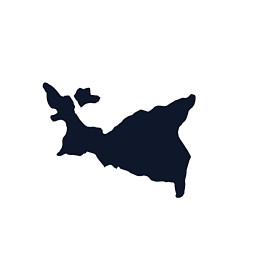 outline of Absheron District, Abşeron, Azerbaijan, rotated 232°
{"feature_id": "54616110B88432173472444", "entity_name": "Absheron District", "entity_type": "district", "adm_level": 2, "iso_a3": "AZE", "parent_name": "Azerbaijan", "parent_adm1": "Abşeron", "projection": "mercator", "projection_center": [49.449, 40.323], "detail": "fine", "context": "isolated", "style": "filled", "palette": "ink", "viewbox_px": 256, "rotation_deg": 232, "n_neighbors": 0, "source": "geoboundaries", "source_scale": "gbopen_adm2", "svg_char_len": 3437}
<svg xmlns="http://www.w3.org/2000/svg" viewBox="0 0 256 256"><g transform="rotate(232 128 128)"><path d="M112.1,86.1L112.2,87.5L111.6,89.1L111.0,91.5L109.3,93.0L107.6,93.3L105.6,93.5L103.8,94.3L104.5,95.9L104.5,97.2L102.6,97.8L100.5,97.8L100.1,98.3L98.6,99.2L97.3,100.1L95.6,101.3L94.0,102.2L92.9,102.7L92.0,102.7L90.9,103.1L89.5,104.0L88.3,104.6L86.8,105.4L85.2,106.3L84.3,107.1L83.1,108.5L82.4,109.9L81.8,110.8L81.4,111.8L78.6,114.1L75.6,114.8L73.1,114.7L70.9,116.2L68.9,117.6L67.2,120.0L65.7,122.3L64.4,123.9L62.4,125.0L61.4,127.1L59.3,128.9L57.9,130.6L56.7,131.1L54.9,131.0L53.3,129.7L51.4,128.6L50.1,127.8L47.6,126.7L45.8,126.1L44.9,124.2L43.4,124.1L42.6,125.2L41.9,126.2L41.4,128.7L42.4,131.6L44.3,133.3L45.7,135.0L48.9,138.0L50.5,139.0L51.7,139.7L53.3,141.5L55.1,143.8L56.9,145.7L59.5,148.0L60.8,149.8L62.3,151.9L63.8,153.9L65.3,156.0L67.0,159.3L69.2,159.7L74.0,160.5L87.9,161.6L90.4,162.0L94.4,164.2L96.9,167.3L97.9,168.6L98.3,172.0L99.1,174.4L99.1,176.2L99.6,178.5L101.0,180.9L102.4,182.9L104.7,186.0L105.3,188.6L105.4,191.6L106.4,194.5L107.7,196.3L108.9,197.7L111.4,199.9L112.8,200.1L114.3,199.1L115.2,198.3L114.7,195.4L114.8,193.0L115.8,191.1L117.6,189.2L118.5,186.3L119.1,184.1L119.9,182.0L120.2,179.2L120.6,176.8L120.8,174.3L120.9,173.2L121.1,171.3L122.8,168.9L124.6,167.2L126.5,165.1L127.6,162.3L127.2,158.5L127.4,156.0L127.7,153.5L128.6,152.9L130.8,151.3L132.1,150.5L133.9,149.1L134.4,147.3L135.2,142.5L134.9,139.2L136.3,135.7L136.8,132.0L136.7,129.4L136.0,126.9L136.0,123.4L135.8,120.6L136.4,118.0L135.2,114.0L135.7,111.2L135.9,108.6L136.2,106.5L137.2,105.4L138.6,104.4L140.4,104.5L141.2,105.3L142.4,105.9L144.5,105.8L145.9,104.6L146.5,103.7L149.4,101.4L150.6,99.9L151.2,98.8L153.7,96.1L155.9,95.3L158.4,94.8L160.0,94.7L162.1,94.6L163.8,94.5L165.0,94.5L170.2,95.1L172.7,94.7L174.7,95.8L175.9,95.8L177.2,98.0L178.2,99.0L180.7,99.3L181.9,100.2L183.6,100.5L185.3,100.6L187.5,100.9L189.6,100.8L191.7,97.6L191.6,96.2L193.4,94.7L195.0,94.1L198.1,94.1L200.5,94.1L203.6,93.9L206.2,93.5L208.9,92.8L210.6,92.0L212.6,91.5L214.3,90.3L214.6,89.6L214.3,88.5L213.2,87.3L212.5,86.7L210.6,86.7L207.7,86.1L205.4,86.3L204.4,85.3L202.4,83.8L200.8,82.7L199.1,81.8L197.1,81.1L195.3,80.6L192.8,80.4L190.7,80.7L189.3,82.3L187.7,83.3L186.7,83.5L185.8,83.5L184.7,83.4L183.5,82.9L182.6,81.5L182.9,79.4L183.0,77.9L183.8,76.4L184.5,75.1L184.0,74.1L183.8,74.0L182.4,73.5L180.8,73.6L179.9,73.6L179.7,73.6L178.7,75.2L178.2,76.8L178.0,77.6L177.4,78.8L176.5,80.7L175.4,81.6L173.6,82.6L171.2,83.0L169.1,82.5L167.1,81.2L165.6,80.9L164.2,79.7L162.8,78.3L161.6,76.7L160.4,74.6L160.0,72.6L159.6,71.0L158.0,69.0L156.1,67.7L154.6,66.5L153.7,65.5L152.4,63.7L151.5,60.9L150.8,59.3L151.0,57.5L151.0,57.3L150.4,55.9L149.4,56.5L148.4,57.7L147.7,59.4L147.5,61.1L147.0,63.5L146.0,64.3L144.4,65.0L142.6,66.6L141.3,68.6L139.2,70.5L137.2,72.4L136.2,73.2L135.7,74.2L135.7,75.7L135.9,77.2L135.0,79.2L135.6,81.5L128.6,86.4L126.9,86.8L123.6,86.2L120.0,86.1L116.8,86.2L113.4,86.3L112.1,86.1ZM178.5,104.8L177.0,104.5L174.9,104.4L173.8,104.3L173.8,106.3L173.9,107.9L173.5,110.5L172.5,112.6L171.5,114.4L169.7,116.1L168.3,117.9L167.8,121.2L169.2,124.1L172.0,123.3L173.4,121.7L175.2,120.0L176.3,118.6L177.8,118.6L179.3,119.4L181.3,120.8L182.8,121.7L183.5,121.2L184.5,119.1L185.3,116.6L185.8,115.6L187.1,115.5L188.7,114.3L188.7,111.7L187.5,109.3L186.9,108.4L186.1,105.6L184.7,105.3L181.8,105.1L180.0,105.5L178.5,104.8Z" fill="#0f172a" stroke="#020617" stroke-width="1.5"/></g></svg>